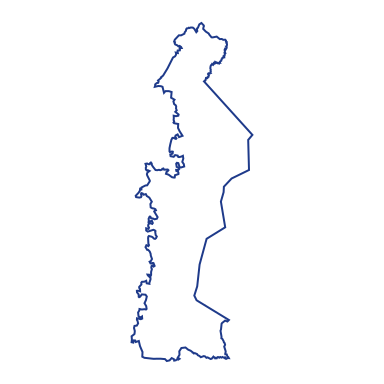 outline of Wassa Amenfi West, Western, Ghana
{"feature_id": "2480657B13145859726554", "entity_name": "Wassa Amenfi West", "entity_type": "district", "adm_level": 2, "iso_a3": "GHA", "parent_name": "Ghana", "parent_adm1": "Western", "projection": "natural_earth1", "projection_center": [-2.483, 5.745], "detail": "fine", "context": "isolated", "style": "outline", "palette": "blue", "viewbox_px": 384, "rotation_deg": 0, "n_neighbors": 0, "source": "geoboundaries", "source_scale": "gbopen_adm2", "svg_char_len": 5978}
<svg xmlns="http://www.w3.org/2000/svg" viewBox="0 0 384 384"><path d="M131.6,342.2L133.3,342.6L133.8,340.4L135.2,340.5L135.8,342.0L138.8,341.0L140.0,346.1L142.5,352.0L142.3,356.7L144.4,357.8L153.3,358.8L160.3,358.7L165.0,359.1L166.8,361.0L169.5,360.4L171.7,358.1L173.9,359.2L174.2,360.6L175.8,360.3L177.1,359.2L178.1,359.7L179.5,358.8L177.8,357.6L179.5,354.8L179.3,351.3L181.4,348.0L185.5,347.5L188.2,349.7L190.6,350.7L192.4,352.1L192.6,352.6L193.6,352.8L193.8,353.4L195.0,353.2L197.1,354.1L197.8,355.2L199.5,356.0L200.8,357.2L203.8,356.1L205.2,356.5L206.4,357.8L207.6,357.4L210.6,359.0L211.7,358.7L213.2,356.9L213.4,357.4L214.2,357.2L215.1,358.3L215.6,357.8L216.7,358.3L217.5,357.1L218.6,357.1L219.2,357.7L220.3,357.0L221.4,357.6L222.5,357.0L223.5,357.6L225.1,357.3L225.3,357.6L225.1,358.4L225.8,358.8L226.5,358.8L227.6,358.0L228.8,358.1L228.2,357.0L227.5,356.7L226.7,354.4L225.3,354.3L225.2,353.9L225.7,351.8L225.5,350.7L224.2,346.6L225.1,344.8L224.6,343.0L223.9,342.4L223.7,341.4L222.3,338.8L221.4,338.3L221.5,336.6L220.5,330.8L221.0,329.4L221.6,323.7L222.1,323.0L225.1,320.6L227.4,321.5L228.9,320.0L196.6,300.3L194.3,295.6L197.2,286.4L199.6,264.5L206.6,238.8L225.2,227.3L220.9,201.6L223.6,192.2L223.9,186.7L231.6,178.5L249.0,170.0L248.2,139.9L252.4,134.9L204.2,81.6L204.7,81.4L204.6,80.7L205.5,80.3L206.0,78.0L207.2,78.2L207.6,77.8L207.6,77.1L208.4,76.9L208.4,76.4L208.9,75.7L208.0,74.0L208.5,73.3L209.7,73.6L210.1,72.9L210.5,72.9L210.3,72.6L210.8,71.7L210.5,70.8L210.8,69.9L210.3,68.3L210.6,66.1L211.3,64.9L212.0,64.7L212.1,64.2L213.0,64.8L213.4,63.8L213.8,64.1L214.0,63.9L214.1,62.6L214.9,62.1L215.1,62.6L215.8,62.5L215.8,63.1L216.5,62.8L216.4,62.6L217.2,63.0L217.2,62.7L219.1,63.5L219.4,62.6L220.0,62.7L219.8,62.2L220.1,61.5L221.3,60.7L221.5,59.3L222.3,58.6L222.4,57.9L223.1,57.7L223.2,57.3L224.3,57.3L224.3,56.4L223.8,55.9L224.7,55.2L224.8,53.9L225.3,53.3L224.6,52.8L225.0,52.4L224.6,49.8L225.2,48.5L225.7,48.6L225.9,49.2L226.6,48.0L226.7,47.2L226.2,46.5L226.6,46.4L227.0,44.8L226.8,43.0L226.5,42.9L226.7,42.3L226.4,42.3L225.9,41.7L226.0,40.6L225.2,39.7L223.2,39.8L221.8,39.0L219.8,39.1L216.7,36.6L212.7,37.4L211.5,37.3L209.2,34.5L208.7,33.5L205.8,31.6L203.2,28.9L203.5,27.1L203.9,26.2L203.8,25.5L201.4,23.0L199.3,24.4L197.9,27.8L197.1,28.4L196.9,29.2L197.3,31.1L196.3,32.2L194.3,28.8L192.8,27.6L190.9,27.5L189.4,28.0L188.8,27.7L187.7,28.4L186.8,28.4L186.2,29.2L185.9,30.8L184.7,32.3L184.4,33.7L181.2,35.3L178.9,35.3L174.8,39.7L174.1,41.7L175.0,42.2L174.7,43.4L175.2,44.4L177.4,45.4L178.4,46.4L179.6,45.9L181.1,47.0L181.6,48.0L179.8,48.0L179.6,48.4L180.0,49.8L179.8,50.4L177.7,50.5L177.5,51.4L177.8,53.0L175.8,52.6L176.2,54.0L175.9,54.9L175.1,56.3L173.0,57.5L167.5,68.4L163.1,75.6L161.0,77.3L161.2,77.7L160.2,78.7L158.0,80.5L158.6,81.4L158.2,82.8L156.7,83.1L155.2,84.4L155.2,85.5L154.8,86.8L158.3,86.0L160.9,86.2L162.5,86.8L164.0,92.8L165.5,91.1L168.7,91.1L171.6,92.0L171.1,97.7L174.5,99.7L173.4,101.3L174.1,104.0L175.8,105.4L176.2,106.6L176.0,108.4L176.7,110.3L175.3,111.8L178.6,114.5L178.3,115.7L176.0,116.2L173.7,115.7L173.8,118.1L173.6,120.0L174.2,121.4L173.5,122.6L174.1,123.2L178.2,124.0L178.0,127.9L179.6,131.2L182.5,135.8L179.0,137.1L177.6,134.4L175.6,135.5L175.2,136.7L176.4,138.4L175.9,138.9L173.1,137.8L172.4,137.9L171.4,139.8L170.3,144.2L169.5,148.2L169.5,151.4L169.9,152.1L172.0,151.5L172.8,151.7L172.6,153.6L170.3,154.5L170.6,156.2L173.7,156.8L175.1,155.1L177.7,155.6L178.2,156.9L179.0,157.1L181.3,156.6L182.9,155.8L183.3,158.6L182.3,161.9L183.8,164.1L184.2,166.5L180.9,167.5L179.6,167.1L178.3,163.1L176.9,162.8L176.2,163.7L176.7,166.9L178.3,167.7L179.2,169.0L178.3,170.0L176.2,169.9L176.3,170.9L178.0,171.6L178.5,172.9L178.4,174.1L175.0,175.2L174.7,177.5L174.1,177.6L172.0,177.2L168.6,174.7L166.0,173.8L166.6,171.8L167.4,171.5L168.4,170.2L167.7,169.5L164.1,169.7L163.4,168.5L162.3,168.8L161.9,169.7L160.2,170.2L159.0,169.8L157.2,170.2L155.5,170.0L152.7,166.4L151.8,164.8L151.7,163.5L150.9,162.5L149.9,163.3L149.6,164.2L148.4,164.2L147.1,163.5L145.5,163.8L146.3,166.6L145.8,167.7L145.9,169.5L146.7,170.4L147.7,170.2L149.5,171.0L147.5,172.5L146.9,174.1L147.2,175.4L149.8,180.6L149.8,181.2L147.2,185.3L145.4,185.5L141.5,187.5L140.8,188.4L141.5,189.0L141.4,189.4L140.1,188.9L139.9,190.6L138.7,192.6L135.7,195.8L136.1,197.1L139.3,197.6L141.0,197.2L141.5,196.1L141.0,194.0L141.4,193.1L142.7,193.5L143.6,194.7L145.8,194.1L146.8,196.0L149.3,197.6L151.8,201.7L150.4,204.0L150.7,207.4L152.3,208.3L153.9,208.5L155.4,209.2L155.9,210.3L154.7,210.7L154.2,211.5L157.6,217.1L156.9,218.7L154.6,219.3L152.9,218.5L151.1,218.3L150.4,216.7L149.9,216.5L149.5,216.8L148.6,218.8L148.8,220.6L148.5,222.3L148.9,222.7L149.9,221.4L151.9,220.8L152.8,223.0L152.2,223.9L149.9,223.1L148.4,224.3L148.1,226.0L149.0,227.6L148.5,228.9L146.2,228.3L146.2,230.5L147.8,231.6L153.4,229.8L154.7,230.3L155.5,231.1L155.2,231.8L155.7,235.1L156.8,236.5L156.0,238.2L155.0,238.9L153.8,238.5L152.6,237.2L151.6,236.7L148.9,236.0L148.3,236.7L148.1,238.1L148.4,243.8L149.0,245.1L148.4,246.1L146.4,245.2L145.5,247.1L147.2,249.9L148.2,249.9L149.7,251.5L150.6,253.7L150.8,255.6L152.0,259.0L150.8,261.1L149.6,261.7L150.5,263.4L153.0,262.9L153.5,263.1L154.6,265.9L153.6,266.6L152.2,265.4L151.5,266.1L151.3,267.8L151.9,269.1L151.1,271.9L151.1,275.0L150.6,276.0L149.8,275.7L149.1,274.7L147.5,274.6L147.8,275.3L150.5,277.9L150.5,279.4L149.3,283.0L149.4,283.8L146.7,283.3L146.2,280.8L144.3,281.7L142.0,281.8L141.3,282.6L141.4,284.5L139.2,286.9L139.2,287.9L140.0,288.9L140.1,291.3L138.2,290.7L136.9,290.8L137.0,292.3L138.7,294.5L138.7,296.8L139.1,297.2L139.6,297.1L140.5,296.2L141.8,294.4L145.5,294.7L146.8,296.5L145.9,300.2L144.5,303.2L146.2,306.1L146.6,308.9L146.0,309.5L144.4,309.2L141.8,309.5L139.5,309.0L139.4,310.3L138.1,312.5L138.5,316.1L138.7,316.5L140.8,317.4L142.0,316.5L142.2,318.6L140.8,319.2L137.0,318.3L136.9,319.8L137.5,320.8L138.1,323.4L136.8,325.6L134.5,325.9L134.0,328.0L134.8,331.0L134.6,333.2L134.4,334.1L131.6,336.3L131.9,339.4L131.6,342.2Z" fill="none" stroke="#1e3a8a" stroke-width="2"/></svg>